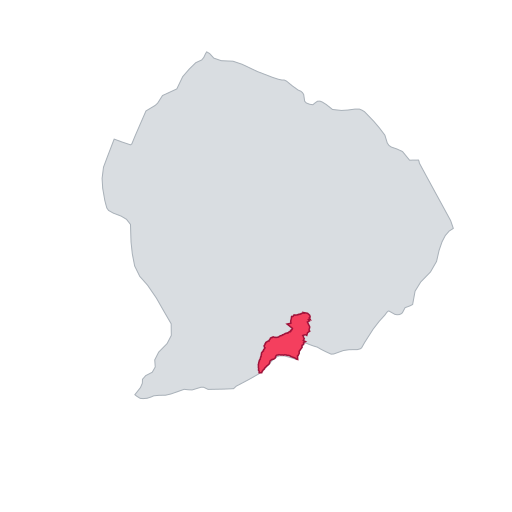 location of Bulilima, Matabeleland South, Zimbabwe, rotated 291°
{"feature_id": "62879985B39326733261715", "entity_name": "Bulilima", "entity_type": "district", "adm_level": 2, "iso_a3": "ZWE", "parent_name": "Zimbabwe", "parent_adm1": "Matabeleland South", "projection": "robinson", "projection_center": [27.403, -20.155], "detail": "fine", "context": "in_parent", "style": "filled", "palette": "rose", "viewbox_px": 512, "rotation_deg": 291, "n_neighbors": 0, "source": "geoboundaries", "source_scale": "gbopen_adm2", "svg_char_len": 7385}
<svg xmlns="http://www.w3.org/2000/svg" viewBox="0 0 512 512"><g transform="rotate(291 256 256)"><path d="M352.5,430.3L348.5,427.4L343.0,425.4L336.0,424.6L326.9,424.9L315.6,426.5L303.6,424.6L290.8,419.1L280.2,417.1L267.4,419.5L266.9,419.6L264.7,417.7L261.2,413.7L255.4,413.0L253.8,412.0L252.5,410.5L251.7,408.6L251.3,406.5L252.3,399.8L251.8,399.1L250.2,398.3L247.1,397.5L239.4,394.5L229.8,391.6L214.2,388.4L208.1,387.5L206.7,386.6L204.9,384.1L201.9,376.5L199.1,371.5L192.4,363.7L191.3,361.3L191.7,355.1L192.2,350.2L192.9,345.9L192.6,342.0L192.5,337.1L192.7,333.8L191.8,332.4L189.3,331.4L182.4,330.9L174.0,331.1L173.7,326.1L172.9,318.4L171.3,313.9L169.4,311.6L165.5,309.2L157.7,305.9L147.0,300.9L137.9,293.4L127.4,284.2L124.1,282.6L120.3,273.9L114.3,259.1L114.7,254.1L113.8,251.7L108.1,244.4L106.8,240.6L105.8,236.7L96.7,226.0L93.6,221.4L91.2,215.4L88.8,210.6L86.8,208.6L84.2,205.4L82.4,201.7L81.6,198.9L82.3,195.2L83.1,192.6L91.8,195.3L96.5,195.5L100.2,194.2L104.8,195.9L110.3,200.8L116.3,201.7L122.7,198.7L131.4,199.6L142.4,204.4L151.5,205.4L162.3,201.1L171.9,189.2L181.0,178.1L189.9,165.2L195.3,154.8L203.2,146.3L213.6,139.8L224.3,134.3L240.5,127.5L243.8,122.0L244.9,115.9L244.9,107.4L245.7,102.0L247.4,99.5L250.1,97.5L253.6,95.0L264.3,88.6L273.3,84.5L284.3,81.8L296.2,81.7L307.7,81.7L314.3,81.7L314.4,89.8L314.8,99.0L316.1,99.9L324.8,100.1L338.7,100.7L352.0,101.3L360.6,108.0L363.4,109.4L372.3,111.2L383.6,122.2L397.2,123.3L406.6,126.7L414.9,130.5L419.6,135.1L422.7,136.1L426.8,136.4L428.9,136.8L428.4,140.1L425.6,145.7L425.9,153.6L429.6,164.7L430.0,174.2L428.7,191.2L428.7,207.5L429.0,213.4L429.6,217.3L430.4,219.4L430.2,221.8L427.9,228.7L426.0,235.9L425.9,238.8L425.2,240.8L423.9,242.6L417.9,246.0L416.9,248.1L416.9,251.8L417.6,254.9L419.8,256.1L422.5,257.9L423.5,260.2L423.5,262.7L422.6,267.3L420.2,274.9L422.5,283.6L425.1,289.3L428.7,295.9L430.2,299.9L430.1,302.8L429.6,305.6L424.0,317.6L419.9,325.1L415.0,333.0L408.6,338.0L406.9,340.4L406.2,343.2L406.4,349.2L406.0,355.4L400.5,365.0L403.8,373.3L403.0,374.1L401.2,375.3L393.2,384.6L385.2,394.0L379.3,400.9L372.7,408.7L365.2,417.5L358.8,425.0L352.5,430.3Z" fill="#d9dde1" stroke="#a8b0b8" stroke-width="1"/><path d="M212.2,310.9L210.3,311.4L207.6,311.7L205.8,312.7L205.7,312.6L203.6,309.4L202.6,312.7L202.5,312.9L202.4,313.0L202.1,314.1L201.9,314.7L201.5,315.9L201.2,316.1L200.9,316.0L200.8,315.9L200.6,315.9L200.4,316.0L200.2,316.0L200.1,315.7L199.9,315.5L199.7,315.7L199.4,315.6L199.1,315.5L199.0,315.4L198.9,315.2L198.8,315.3L198.6,315.4L198.5,315.5L198.2,315.4L197.9,315.3L197.7,315.3L197.7,315.2L197.7,314.8L197.5,314.5L197.5,314.4L197.4,314.2L197.0,314.1L196.9,314.0L196.7,314.0L196.3,313.9L196.2,313.8L195.8,313.2L195.7,313.1L195.5,313.3L195.3,313.3L195.3,313.2L195.3,312.9L195.2,312.7L195.1,312.4L195.0,312.2L194.8,312.1L194.8,311.9L194.6,311.6L194.4,311.4L194.2,311.4L194.0,311.2L193.9,311.0L193.9,310.9L193.6,310.7L193.1,310.3L192.8,310.2L192.7,310.1L192.5,309.8L192.2,309.6L192.0,309.0L191.7,308.8L191.3,308.8L191.0,308.6L190.9,308.4L190.7,308.2L190.4,307.5L190.2,307.2L189.8,307.0L189.6,306.9L189.2,306.5L188.7,306.3L188.5,306.1L188.3,305.9L188.0,305.4L187.9,305.4L187.7,304.9L187.4,304.4L187.2,304.0L187.1,303.9L187.1,303.4L187.0,303.2L186.7,302.6L186.7,302.4L186.7,302.1L186.7,301.6L186.7,301.4L186.7,301.1L186.5,300.9L186.4,300.7L186.1,300.7L185.9,300.6L185.6,300.3L185.5,300.2L185.6,299.9L185.5,299.7L185.0,299.4L184.9,299.2L184.7,299.0L184.5,298.9L184.3,298.9L184.1,298.9L184.0,299.0L183.9,299.0L183.8,298.9L183.3,298.9L182.7,298.7L182.4,298.6L182.0,298.4L181.7,298.4L181.4,298.5L181.4,298.4L181.0,297.9L180.9,297.8L180.7,297.7L180.5,297.4L180.3,297.2L180.1,297.1L179.7,296.9L179.6,296.7L179.4,296.6L179.2,296.5L179.0,296.4L178.9,296.3L178.8,296.1L178.6,296.1L178.3,296.1L178.0,296.3L177.6,296.2L177.4,296.0L177.2,295.9L176.9,296.1L176.5,296.1L176.0,296.0L175.8,295.9L175.3,295.8L175.1,295.7L174.8,295.8L174.7,295.9L174.5,296.2L174.3,296.3L174.0,296.5L173.7,296.7L173.5,296.9L173.4,297.2L173.4,297.3L173.0,297.2L172.6,297.2L172.2,297.1L171.8,296.8L171.3,296.7L170.8,296.7L170.5,296.9L170.1,297.0L170.0,296.9L169.9,296.8L169.6,296.7L169.5,296.4L169.3,296.3L169.1,296.3L168.8,296.4L168.5,296.3L168.3,296.2L167.9,296.0L167.5,295.9L167.3,295.9L167.0,296.0L166.6,296.2L166.3,296.3L166.2,296.4L165.9,296.3L165.6,296.3L164.9,296.5L164.3,296.8L164.2,296.8L163.6,296.5L163.3,296.6L163.1,296.7L162.7,296.6L162.4,296.7L162.1,296.7L161.5,296.8L161.2,297.0L160.9,297.0L160.6,296.8L160.4,296.6L160.0,296.6L159.8,296.5L159.3,296.6L159.0,296.8L158.6,296.7L158.0,296.7L157.6,296.8L157.3,296.8L157.1,296.8L156.9,296.9L156.7,296.9L156.2,297.1L155.8,297.1L155.7,297.1L155.2,297.1L154.8,297.4L154.5,297.6L154.2,297.7L153.2,298.0L152.7,298.2L152.4,298.5L151.9,298.7L151.6,299.0L150.5,299.1L150.4,299.2L150.2,299.3L149.5,300.4L148.1,300.7L148.1,300.9L148.1,301.0L148.4,301.5L148.7,302.3L148.9,302.7L149.1,303.2L149.4,303.2L149.6,303.1L150.0,303.1L150.3,303.1L150.7,303.1L150.9,303.3L151.2,303.3L151.3,303.4L151.6,303.4L151.8,303.5L152.1,303.5L152.3,303.6L152.5,303.7L152.8,303.8L152.9,304.0L153.0,304.0L153.3,304.0L153.5,304.3L154.0,304.4L154.8,304.3L155.7,304.9L156.0,305.0L156.8,305.3L157.1,305.3L157.5,305.7L157.6,305.8L159.0,306.5L159.4,306.7L159.6,306.8L160.1,307.0L160.4,307.0L160.5,307.1L160.9,307.1L161.1,306.9L161.3,306.9L161.9,306.9L162.1,306.8L162.4,306.8L162.6,306.8L162.8,306.8L163.2,306.8L163.5,306.9L163.9,307.2L164.6,307.7L164.9,307.8L165.3,308.2L165.7,309.0L165.8,309.2L166.2,309.5L166.5,309.8L166.9,310.0L167.2,310.2L167.8,310.5L168.0,310.6L168.3,310.6L168.7,310.4L168.9,310.4L169.3,310.5L169.5,310.4L170.0,310.5L170.3,310.5L170.7,310.7L170.9,311.0L171.2,311.4L171.4,311.9L171.6,312.3L171.9,312.4L171.9,312.5L172.0,312.7L172.2,313.1L172.4,313.8L172.5,314.8L172.7,315.1L172.8,315.2L173.0,315.8L173.3,316.5L173.3,316.8L173.3,317.3L173.6,317.7L173.7,317.8L173.8,317.8L174.1,318.2L174.2,318.3L174.2,318.6L174.3,319.2L174.3,319.3L174.3,319.6L174.4,319.9L174.5,320.0L174.4,320.4L174.4,320.6L174.5,321.1L174.7,321.4L174.8,321.5L174.8,322.0L175.0,322.8L175.0,323.2L175.0,323.6L174.8,323.8L174.8,324.1L174.8,324.3L174.7,324.6L174.7,324.8L174.7,325.3L174.7,326.5L174.8,328.3L174.4,330.3L174.4,330.8L174.3,331.0L174.2,331.2L174.3,331.6L174.4,331.8L174.4,332.0L177.6,330.5L178.3,331.0L180.8,331.2L182.5,330.4L183.8,330.8L186.1,331.4L187.2,331.8L188.4,331.1L189.2,331.0L190.4,332.1L191.6,331.8L192.0,331.4L192.5,331.6L193.6,332.7L193.8,332.9L194.1,330.4L194.7,330.5L196.1,330.7L196.7,329.9L196.8,329.7L197.1,329.6L198.4,328.5L198.6,328.2L199.4,329.2L200.0,330.0L200.3,331.0L200.1,331.8L202.9,331.6L205.1,333.1L205.7,332.2L206.1,332.0L208.4,331.7L208.6,331.7L209.2,331.4L209.4,331.3L210.7,329.8L212.8,327.6L214.5,329.1L215.3,327.8L215.9,328.8L216.0,329.6L216.6,328.9L217.1,327.9L217.3,328.1L218.5,328.4L219.4,327.7L219.9,327.4L220.3,326.4L221.0,324.7L220.2,320.5L219.8,321.0L219.7,320.7L219.7,320.4L219.5,320.2L219.2,319.6L219.0,319.4L218.7,319.3L218.5,319.2L218.4,319.1L218.4,318.8L218.3,318.6L217.7,318.3L217.5,318.2L217.4,318.1L217.3,317.5L217.3,317.4L216.9,317.1L216.7,317.0L216.7,316.6L216.7,316.4L216.3,316.2L216.1,316.1L216.0,315.8L215.7,315.5L215.4,314.9L215.1,314.1L215.0,313.9L214.9,313.8L214.7,313.7L214.7,313.2L214.7,312.8L214.7,312.7L214.4,312.5L214.2,312.5L214.0,312.4L213.7,312.4L213.4,312.3L213.2,312.2L212.9,312.2L212.4,311.6L212.3,310.9L212.2,310.9Z" fill="#f43f5e" stroke="#9f1239" stroke-width="1.5"/></g></svg>